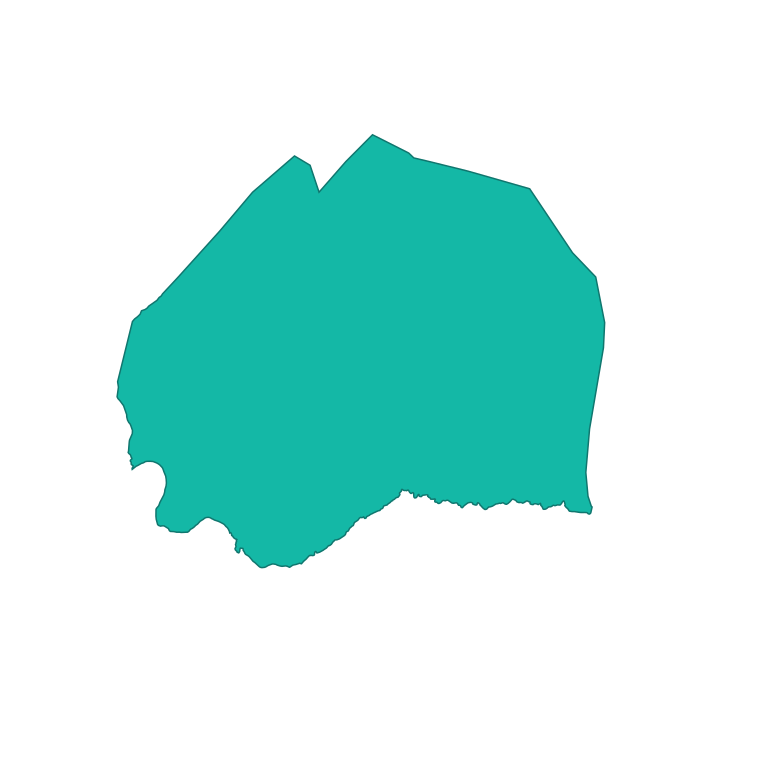 Xovd, Uvs, Mongolia, rotated 304°
{"feature_id": "93677404B40816338694453", "entity_name": "Xovd", "entity_type": "district", "adm_level": 2, "iso_a3": "MNG", "parent_name": "Mongolia", "parent_adm1": "Uvs", "projection": "robinson", "projection_center": [90.829, 49.365], "detail": "fine", "context": "isolated", "style": "filled", "palette": "teal", "viewbox_px": 768, "rotation_deg": 304, "n_neighbors": 0, "source": "geoboundaries", "source_scale": "gbopen_adm2", "svg_char_len": 6159}
<svg xmlns="http://www.w3.org/2000/svg" viewBox="0 0 768 768"><g transform="rotate(304 384 384)"><path d="M240.6,435.6L242.3,436.6L244.2,436.3L245.6,436.3L247.2,436.8L247.8,436.8L249.4,437.6L250.0,437.6L252.0,437.0L253.1,437.1L256.1,438.4L257.2,438.6L259.1,438.6L259.5,438.8L260.4,439.3L260.7,440.2L261.4,440.9L262.4,441.4L262.3,442.2L261.9,442.6L261.8,443.0L261.9,443.4L262.7,443.9L263.1,444.1L264.4,443.8L266.6,445.1L267.2,445.4L268.2,445.6L270.2,446.9L271.3,447.4L272.5,448.2L275.5,450.0L276.6,451.1L276.9,451.3L278.6,451.4L279.8,452.2L280.5,452.4L282.5,452.0L283.3,452.3L285.4,454.2L287.1,454.5L289.0,455.3L291.2,455.7L292.1,456.4L292.8,456.3L293.4,456.5L294.0,457.0L296.6,457.7L298.1,459.0L298.5,458.9L299.1,459.1L300.9,459.1L301.4,458.9L302.1,457.9L302.4,457.8L304.7,458.3L305.5,458.1L306.0,457.7L306.7,457.8L306.8,458.2L306.8,459.6L307.0,460.3L308.0,461.7L308.1,462.3L308.4,462.6L309.0,462.7L309.6,463.7L308.5,465.9L308.3,467.3L308.4,467.7L309.9,468.5L310.1,468.8L310.0,469.6L307.1,471.9L306.8,472.5L306.7,473.1L307.1,473.7L307.7,474.2L308.7,474.4L310.8,474.2L311.7,474.4L311.9,474.6L311.9,474.8L310.8,475.7L310.7,476.1L310.9,477.0L311.5,477.9L313.4,478.3L315.1,480.3L315.7,480.8L316.3,482.0L316.4,482.4L316.0,482.8L315.5,482.9L315.3,483.1L315.3,484.0L315.1,484.4L315.3,486.0L314.7,487.0L314.8,487.4L316.3,489.6L317.0,490.2L317.1,490.5L317.1,491.0L315.5,491.4L315.0,491.8L314.8,492.1L314.9,492.8L315.4,493.5L315.5,494.0L315.3,495.6L315.7,496.4L317.3,497.4L319.7,497.7L320.3,498.0L320.7,498.4L321.4,500.1L323.0,501.3L323.4,502.4L323.3,506.8L323.6,507.5L323.9,508.2L325.9,510.3L326.1,510.9L326.0,512.0L325.5,512.7L325.2,513.6L325.8,514.7L325.8,515.2L325.7,515.8L325.2,516.4L324.9,517.2L325.4,518.2L327.9,518.5L332.3,520.0L334.1,521.7L334.7,522.8L334.8,523.8L334.6,524.4L334.2,524.7L334.1,525.0L334.7,527.2L335.0,527.8L335.6,528.5L336.2,528.5L337.2,528.0L337.9,528.1L338.1,528.3L338.2,529.0L338.0,530.5L337.7,531.1L337.2,531.6L337.2,532.8L336.7,534.4L336.4,536.0L336.4,537.7L336.7,538.2L337.3,538.8L338.1,539.2L340.4,539.5L341.6,540.8L342.7,541.7L343.6,542.3L347.1,543.9L348.4,545.3L349.7,546.3L349.9,546.7L350.0,547.2L350.4,547.6L351.9,548.8L352.2,549.3L352.2,551.2L352.5,552.3L352.9,552.9L354.3,553.6L356.5,554.2L360.0,554.7L360.4,555.0L360.7,555.5L361.2,558.3L360.6,560.1L361.2,562.4L361.7,562.6L362.7,564.6L362.7,565.4L363.0,565.8L364.2,566.5L364.6,566.5L365.7,567.3L366.3,567.3L367.1,567.9L367.2,568.3L367.3,569.7L367.8,570.8L367.7,571.2L366.7,571.8L366.4,572.4L366.6,573.5L367.2,574.8L367.6,575.2L368.4,575.4L368.8,575.7L369.3,576.3L369.7,577.1L370.1,578.2L370.2,579.1L370.4,579.4L372.4,580.3L372.3,580.8L371.0,582.0L370.8,583.4L369.3,585.9L369.5,586.6L370.4,587.7L371.1,588.2L372.0,588.6L373.9,589.1L374.4,589.5L375.3,590.7L375.9,591.2L376.6,591.6L377.5,591.8L378.2,592.2L378.7,593.7L379.3,594.3L380.7,595.3L382.0,597.5L382.5,597.8L384.3,598.0L386.1,597.8L387.3,598.1L387.5,598.4L387.5,599.0L387.1,599.5L385.4,601.5L384.3,601.9L384.1,602.3L383.5,604.3L383.4,605.9L382.3,608.6L382.3,608.9L383.4,611.3L384.7,613.2L387.2,618.5L388.7,620.8L389.7,622.2L390.7,623.9L390.9,624.6L390.6,625.7L390.7,626.3L391.1,627.1L391.8,627.4L392.8,627.5L398.4,625.3L398.6,624.2L405.0,615.9L423.5,600.8L461.8,579.5L536.7,545.7L558.3,532.6L591.1,499.7L598.2,466.9L627.3,395.6L607.5,334.8L593.9,297.6L588.1,282.3L589.3,275.4L584.2,235.1L547.1,228.0L506.7,222.9L524.0,200.4L523.0,182.3L469.5,167.8L419.0,162.3L356.9,153.5L334.9,150.0L332.4,150.1L330.0,149.2L326.4,149.0L317.0,145.4L314.5,145.2L312.2,144.3L309.1,142.0L305.4,142.8L301.8,142.0L298.5,140.9L295.2,140.5L236.9,161.9L232.9,165.6L224.1,169.9L223.1,171.7L222.5,174.3L220.4,180.2L214.7,187.8L212.9,189.1L210.7,191.5L209.4,193.9L208.8,196.0L207.9,197.4L204.9,201.4L202.1,203.1L195.2,204.4L193.5,205.2L185.4,209.8L184.3,210.1L183.8,211.0L183.6,212.0L183.6,213.1L182.1,215.3L181.8,215.5L181.5,216.5L180.7,216.9L180.2,216.6L179.0,216.4L178.5,216.6L178.1,217.0L177.9,217.8L177.6,218.3L176.2,219.2L175.9,220.4L175.9,221.8L174.3,222.4L173.6,222.2L172.9,222.5L172.4,223.0L177.5,224.6L178.3,225.2L182.7,227.4L183.8,228.4L184.9,229.0L186.1,229.5L187.3,230.7L189.2,233.4L190.6,235.9L191.4,239.5L191.6,241.6L191.5,243.5L190.7,247.0L189.8,248.5L188.2,250.6L185.5,254.6L183.1,256.8L180.2,259.0L177.5,260.4L173.8,261.5L171.7,262.6L169.0,263.5L160.8,264.4L157.1,265.3L153.5,264.9L152.4,265.2L146.8,268.9L144.4,270.9L141.0,274.8L140.7,275.8L140.8,276.8L141.3,278.4L141.9,278.9L142.8,280.0L143.4,281.1L143.6,286.1L142.4,288.1L142.3,289.3L144.1,292.3L145.2,295.0L146.8,297.3L147.5,298.9L151.4,304.1L153.1,304.7L155.2,304.8L156.7,305.6L158.4,306.3L159.8,306.7L161.3,306.9L163.6,307.8L167.3,308.3L170.9,309.9L172.4,310.3L173.8,311.2L175.2,312.8L176.0,314.7L176.0,316.4L176.3,317.9L176.4,319.5L177.4,323.0L177.8,325.0L178.2,328.8L178.2,330.2L177.5,332.6L177.3,334.4L176.8,335.7L175.5,338.0L174.2,339.5L175.0,340.1L174.9,340.5L174.1,341.8L173.6,342.0L173.2,342.5L173.3,343.5L172.5,345.2L172.4,347.6L172.8,348.2L172.8,349.0L172.0,349.1L171.4,349.3L170.9,349.9L170.0,349.8L169.7,350.2L169.2,350.5L168.1,350.5L166.4,352.3L164.3,352.5L163.4,353.4L163.1,354.7L163.0,355.5L162.4,356.3L162.4,356.7L162.6,356.9L162.7,357.2L162.7,357.9L163.0,358.1L164.5,358.0L166.3,357.0L167.5,356.7L168.0,357.2L168.2,357.9L168.8,358.9L168.6,359.3L167.2,360.4L166.9,361.6L165.7,363.6L165.4,364.5L165.6,367.8L165.4,369.2L163.8,374.5L163.7,377.2L162.9,382.2L162.8,383.4L163.0,384.4L163.5,385.5L165.3,387.6L166.5,388.4L168.7,389.4L172.3,392.0L173.0,393.1L174.0,395.2L174.1,396.6L175.0,399.6L175.8,401.4L178.2,404.2L178.8,405.7L179.2,408.1L179.6,408.4L182.6,409.6L183.4,410.2L185.1,411.9L188.3,414.4L188.6,415.7L188.8,416.1L189.2,416.2L189.9,416.2L193.0,416.7L194.9,417.3L199.3,417.9L200.7,418.6L200.8,419.2L201.4,419.7L201.6,420.4L202.2,421.2L202.8,421.7L203.4,421.8L204.2,421.5L205.2,420.9L205.7,420.7L206.3,420.7L206.7,420.9L207.0,421.1L207.0,421.5L206.4,422.5L206.4,422.8L206.7,423.2L208.6,424.7L212.1,426.5L213.3,426.9L215.8,428.0L219.0,428.4L219.7,429.3L221.7,430.0L224.4,430.0L225.8,430.4L226.8,430.4L227.5,430.8L228.5,432.1L230.7,433.7L236.4,436.0L237.2,436.1L238.0,436.1L239.9,435.5L240.6,435.6Z" fill="#14b8a6" stroke="#0f766e" stroke-width="1.5"/></g></svg>